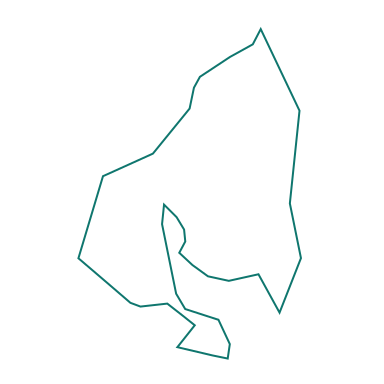 an SVG outline of Halton, rotated 272°
{"feature_id": "GBR-5708", "entity_name": "Halton", "entity_type": "Unitary Authority", "adm_level": 1, "iso_a3": "GBR", "parent_name": "United Kingdom", "parent_adm1": "", "projection": "albers", "projection_center": [-2.723, 53.34], "detail": "fine", "context": "isolated", "style": "outline", "palette": "teal", "viewbox_px": 384, "rotation_deg": 272, "n_neighbors": 0, "source": "natural_earth", "source_scale": "10m", "svg_char_len": 595}
<svg xmlns="http://www.w3.org/2000/svg" viewBox="0 0 384 384"><g transform="rotate(272 192 192)"><path d="M74.5,283.7L112.1,261.3L104.5,231.9L108.3,210.9L119.0,195.0L130.8,181.4L142.3,187.0L154.2,185.4L166.3,177.5L178.4,164.5L158.8,163.2L89.8,179.7L74.8,189.3L65.2,222.9L41.3,235.1L26.8,233.5L29.4,218.1L36.4,182.8L58.9,199.4L67.6,187.7L79.6,171.2L75.7,144.5L79.1,134.3L103.2,104.2L121.8,80.8L204.7,102.5L229.0,151.6L275.3,186.7L296.3,190.3L307.4,195.9L328.4,225.4L341.7,247.6L357.2,255.0L277.0,296.6L184.0,290.2L129.7,303.2L74.5,283.7Z" fill="none" stroke="#0f766e" stroke-width="2"/></g></svg>